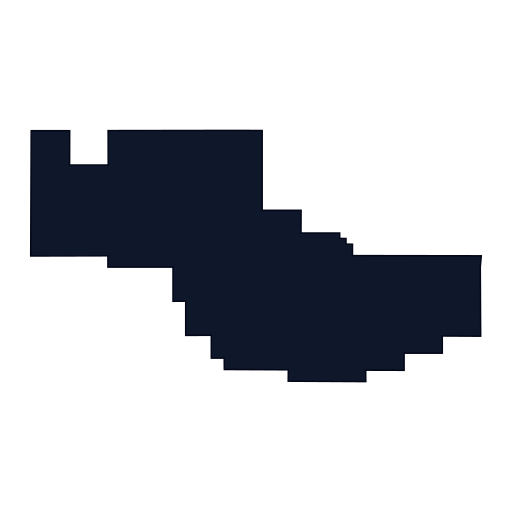 the district of Prairie, Montana, United States of America
{"feature_id": "52423323B29603956786477", "entity_name": "Prairie", "entity_type": "district", "adm_level": 2, "iso_a3": "USA", "parent_name": "United States of America", "parent_adm1": "Montana", "projection": "equal_earth", "projection_center": [-105.314, 46.861], "detail": "fine", "context": "isolated", "style": "filled", "palette": "ink", "viewbox_px": 512, "rotation_deg": 0, "n_neighbors": 0, "source": "geoboundaries", "source_scale": "gbopen_adm2", "svg_char_len": 607}
<svg xmlns="http://www.w3.org/2000/svg" viewBox="0 0 512 512"><path d="M30.7,256.0L107.9,255.8L107.9,267.1L173.0,267.1L173.0,301.3L185.7,301.2L185.7,335.4L211.3,335.3L211.3,358.1L224.2,358.1L224.3,369.5L288.3,369.8L288.2,381.2L365.8,381.6L365.7,370.2L404.1,370.3L404.1,353.2L442.3,353.2L442.3,336.0L480.7,336.2L480.6,324.8L480.3,267.2L481.3,255.8L352.5,255.6L352.5,244.2L346.0,244.1L346.0,238.5L339.7,238.4L339.7,233.0L301.0,233.0L301.1,210.3L262.2,210.3L262.2,130.5L237.5,130.4L108.1,130.6L108.2,165.0L69.6,165.0L69.7,130.7L31.2,130.7L30.7,256.0Z" fill="#0f172a" stroke="#020617" stroke-width="1.5"/></svg>